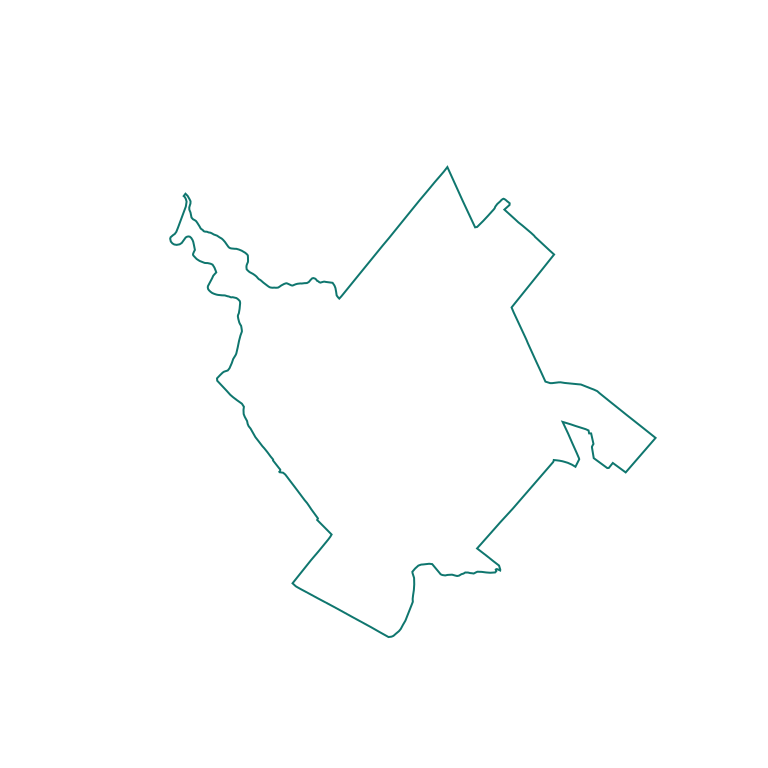 outline of Golesti, Vrancea, Romania, rotated 208°
{"feature_id": "2599482B15818014499843", "entity_name": "Golesti", "entity_type": "district", "adm_level": 2, "iso_a3": "ROU", "parent_name": "Romania", "parent_adm1": "Vrancea", "projection": "mercator", "projection_center": [27.172, 45.659], "detail": "fine", "context": "isolated", "style": "outline", "palette": "teal", "viewbox_px": 768, "rotation_deg": 208, "n_neighbors": 0, "source": "geoboundaries", "source_scale": "gbopen_adm2", "svg_char_len": 5350}
<svg xmlns="http://www.w3.org/2000/svg" viewBox="0 0 768 768"><g transform="rotate(208 384 384)"><path d="M649.1,455.9L647.8,455.6L646.8,455.0L645.8,454.3L643.9,452.3L642.3,447.7L639.3,425.4L638.8,420.8L639.2,418.2L640.0,416.7L640.3,416.0L641.3,413.4L641.0,411.9L639.1,409.7L636.8,408.8L634.7,408.7L632.4,409.5L630.0,411.4L628.8,413.6L627.9,420.2L627.2,421.4L626.1,422.4L624.7,422.9L623.8,422.7L622.8,422.5L620.6,421.2L619.2,420.0L617.0,417.4L615.2,415.2L613.9,413.6L613.9,411.7L613.7,409.5L613.3,408.4L612.3,407.8L608.1,406.4L604.6,406.1L602.8,406.3L600.1,406.6L598.9,406.8L596.4,408.0L593.5,408.8L591.4,408.9L588.4,407.2L585.8,405.0L584.5,403.8L585.0,402.0L585.6,399.5L585.4,396.6L585.4,393.6L585.4,390.8L585.4,387.7L584.9,386.5L583.9,385.3L582.6,384.6L580.5,384.0L578.4,383.7L576.1,383.9L573.9,384.3L572.5,384.7L568.8,386.2L566.1,387.5L563.0,388.1L562.3,388.4L559.7,388.7L558.4,389.6L554.6,390.6L552.6,390.3L550.4,389.6L549.6,388.8L549.0,387.9L546.8,382.6L545.4,378.4L545.2,376.1L544.7,375.0L543.3,373.2L540.6,370.3L538.8,369.0L537.6,368.4L536.6,367.2L534.8,364.8L534.1,363.6L533.5,359.4L532.2,353.9L530.3,347.5L528.7,341.5L528.6,339.9L528.9,335.3L528.2,330.9L527.8,325.3L528.3,322.6L531.0,319.8L531.8,318.3L532.8,315.2L534.1,310.6L532.8,308.6L519.6,304.1L514.7,302.3L511.2,301.5L506.4,300.7L500.2,299.9L497.0,298.1L495.9,295.2L493.8,291.6L491.6,289.7L487.5,287.0L485.6,284.7L483.7,283.2L480.9,282.0L472.6,276.7L468.1,274.7L462.2,272.0L459.7,271.1L455.0,269.1L450.2,266.8L446.8,265.4L446.3,265.1L446.1,264.4L437.1,260.4L435.4,259.7L435.0,258.7L435.0,257.9L435.2,257.4L434.8,257.1L431.4,258.3L428.6,257.7L420.6,254.0L413.0,250.5L402.8,245.7L399.6,244.2L396.1,242.8L392.8,241.1L389.5,239.3L379.2,234.3L379.2,232.6L359.6,226.5L359.7,224.0L360.2,220.6L363.2,205.7L365.7,194.4L371.2,165.1L368.5,164.4L367.0,164.0L365.4,163.9L360.9,163.8L355.9,163.8L341.8,163.7L323.4,163.7L302.6,163.4L281.1,163.2L271.1,162.9L261.2,162.7L258.8,164.4L258.1,165.2L257.4,166.1L256.2,169.3L254.8,172.7L254.2,175.6L254.2,180.2L254.0,185.1L255.9,201.9L256.3,205.2L257.8,207.7L259.1,211.0L260.9,216.1L263.2,221.2L264.7,223.9L266.4,226.9L269.9,230.3L270.8,231.5L269.9,235.7L268.4,239.8L266.4,242.0L264.5,243.2L259.7,246.5L256.9,247.6L246.1,243.2L244.7,242.6L242.9,242.7L240.1,243.7L238.2,245.3L234.4,247.6L231.2,248.3L229.3,248.8L227.8,250.0L226.3,252.5L224.8,253.9L223.8,255.7L221.2,257.0L219.2,257.5L217.5,258.2L215.8,258.8L214.2,261.1L213.4,262.1L209.5,264.0L205.5,265.5L201.6,267.2L197.4,269.8L197.0,271.5L198.2,272.6L197.9,273.3L196.9,273.7L193.9,273.9L194.2,274.7L197.2,277.7L198.9,278.0L204.3,278.9L211.2,280.2L224.6,282.5L220.8,298.2L216.4,316.6L211.8,334.3L204.3,367.0L198.0,394.5L198.1,395.5L198.2,396.0L198.4,396.6L197.4,397.0L195.4,397.8L193.0,398.7L190.4,399.5L188.7,399.9L184.7,400.7L180.2,401.0L176.1,400.8L176.3,409.2L176.9,409.9L181.5,413.6L190.4,420.5L198.2,426.7L208.5,434.4L206.1,434.9L199.9,436.1L195.5,436.8L184.7,438.8L181.6,439.0L179.7,436.7L177.9,437.6L170.9,429.4L171.0,427.7L170.9,426.1L170.5,425.5L164.0,417.0L147.4,414.6L146.1,415.4L144.9,421.7L129.1,419.4L118.9,463.9L135.0,466.9L155.3,470.6L176.0,474.5L189.5,477.1L192.3,477.8L196.1,477.6L200.0,477.1L209.9,476.0L213.2,474.6L225.1,469.7L228.9,468.4L230.5,467.5L236.1,463.6L237.6,462.8L242.6,461.9L251.2,468.5L259.8,475.0L276.2,487.6L279.1,490.0L303.0,508.0L305.1,509.7L307.3,511.5L298.4,557.9L295.5,573.5L294.6,578.2L300.2,579.6L320.0,584.9L320.9,585.4L325.1,586.5L336.2,588.9L341.2,589.8L345.7,591.0L359.6,594.5L357.2,601.0L357.9,602.6L359.9,603.0L360.8,603.1L362.7,603.6L364.3,603.8L365.4,603.7L366.0,603.0L366.7,601.6L367.1,599.9L368.5,596.1L369.0,592.8L368.8,591.0L369.1,589.4L369.8,586.7L371.2,581.1L373.0,574.4L375.5,566.4L377.1,565.1L400.8,582.9L429.9,605.3L430.9,599.5L434.0,585.9L436.6,573.3L438.8,563.1L439.5,559.5L440.8,552.9L448.2,514.8L450.1,505.9L450.3,504.9L457.3,469.4L462.3,443.9L462.8,441.4L463.6,438.4L465.4,439.0L467.4,440.0L469.6,443.0L471.9,445.9L474.0,447.7L476.9,449.2L478.0,448.8L480.4,447.9L483.3,446.8L484.4,446.5L485.3,446.0L486.6,444.8L487.7,443.7L489.0,443.5L490.1,443.8L491.5,443.7L492.5,444.2L494.0,444.7L494.9,444.6L496.0,444.4L497.0,443.6L497.7,441.4L498.2,439.0L498.8,437.9L499.5,436.9L501.4,435.8L503.8,434.1L505.1,433.5L506.1,432.8L507.4,431.9L508.8,430.6L509.9,429.3L510.5,428.5L511.0,428.0L511.8,427.7L512.2,427.6L514.2,427.5L515.8,427.4L516.9,427.3L517.5,427.1L518.2,426.5L519.2,425.4L521.0,422.7L522.1,420.5L522.8,419.4L524.1,418.5L525.1,418.0L526.3,417.5L527.5,416.7L529.0,416.1L530.1,415.8L531.3,415.8L532.8,416.0L538.2,416.9L541.1,417.6L542.2,417.8L543.8,417.8L545.5,418.4L547.0,419.0L548.9,419.4L551.3,419.7L552.9,419.7L554.6,419.7L555.7,419.8L557.7,420.3L559.1,420.8L560.4,422.7L561.0,424.2L561.2,425.5L561.4,427.7L561.7,428.6L562.6,430.2L563.6,432.0L564.6,433.6L565.6,434.1L568.0,434.7L570.3,434.8L572.2,434.9L575.2,434.6L578.0,434.0L579.3,433.3L582.2,432.1L583.2,431.8L584.5,431.7L585.9,432.1L588.7,433.5L591.0,434.7L593.6,435.7L595.5,436.2L598.2,436.3L601.1,436.6L604.5,436.1L606.7,436.2L608.3,436.1L610.0,435.5L611.9,435.3L612.7,434.9L613.6,434.5L615.0,434.3L616.1,434.8L618.8,435.2L620.9,436.6L624.4,438.6L626.4,439.6L627.9,439.8L630.0,439.8L632.1,440.6L633.5,442.3L635.4,444.6L637.7,446.5L638.8,448.4L639.3,450.6L639.6,452.4L640.6,454.5L642.5,455.9L645.7,457.9L648.6,458.8L649.1,455.9Z" fill="none" stroke="#0f766e" stroke-width="2"/></g></svg>